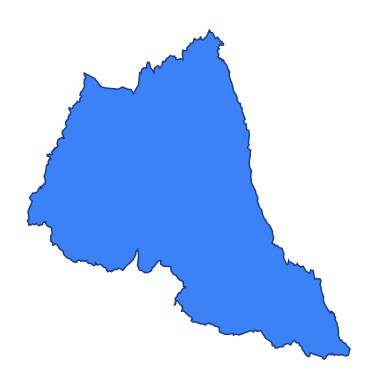 the district of Fenoarivobe, Bongolava, Madagascar, rotated 2°
{"feature_id": "10022922B23923498940873", "entity_name": "Fenoarivobe", "entity_type": "district", "adm_level": 2, "iso_a3": "MDG", "parent_name": "Madagascar", "parent_adm1": "Bongolava", "projection": "equal_earth", "projection_center": [46.41, -18.242], "detail": "fine", "context": "isolated", "style": "filled", "palette": "blue", "viewbox_px": 384, "rotation_deg": 2, "n_neighbors": 0, "source": "geoboundaries", "source_scale": "gbopen_adm2", "svg_char_len": 5905}
<svg xmlns="http://www.w3.org/2000/svg" viewBox="0 0 384 384"><g transform="rotate(2 192 192)"><path d="M215.1,40.1L212.2,36.4L210.2,37.9L209.8,37.6L207.4,32.7L206.8,32.1L204.7,31.9L204.5,30.5L203.7,29.7L200.9,36.7L199.4,37.5L198.5,39.1L197.5,39.7L196.6,39.4L195.3,36.7L194.8,37.1L194.6,39.2L193.0,39.0L192.1,40.4L189.2,38.6L188.4,39.4L188.5,41.2L187.3,43.2L185.4,43.5L184.2,46.1L182.3,47.3L181.7,50.7L179.6,51.1L178.0,50.6L177.7,51.3L178.1,52.4L177.4,54.0L178.5,58.3L178.5,59.5L178.1,60.1L176.0,59.0L175.0,59.7L171.2,60.2L171.0,57.9L169.9,57.6L169.4,56.7L168.4,57.6L166.2,56.4L165.3,56.6L163.8,58.5L161.7,59.6L161.1,62.3L158.1,62.6L157.6,66.3L155.5,69.3L154.4,67.5L153.4,66.9L150.2,69.5L149.8,73.9L147.7,70.8L146.5,70.0L144.9,64.2L143.6,63.7L142.4,65.9L142.4,69.6L140.8,69.4L138.7,70.0L137.5,71.5L136.8,75.3L135.6,74.7L134.9,86.4L130.0,95.7L127.7,91.9L123.8,91.4L118.7,89.5L114.9,91.8L101.8,91.1L97.4,90.0L90.7,81.9L80.2,76.9L80.3,78.8L82.0,81.7L80.5,83.3L80.4,87.4L81.0,89.6L80.6,91.3L78.6,95.0L77.4,96.0L76.7,98.6L76.7,99.2L78.1,99.5L78.3,100.1L76.8,102.4L76.7,105.3L75.9,106.1L74.1,105.4L73.4,107.0L70.2,110.2L70.1,111.9L69.4,112.6L67.8,112.7L66.4,112.1L66.0,112.5L66.6,114.5L67.4,114.7L67.9,115.7L67.8,118.3L66.5,119.2L66.5,120.3L65.6,121.3L66.1,123.8L64.5,124.5L64.3,125.4L63.2,126.2L63.3,128.6L64.4,129.5L63.6,132.4L60.3,135.8L60.3,138.7L62.4,142.4L61.6,143.0L60.3,142.0L56.3,144.2L55.5,148.5L56.3,150.4L55.9,151.6L54.1,152.8L53.2,152.8L53.5,154.2L52.9,154.7L52.0,154.4L51.4,156.3L50.1,157.0L51.3,159.1L50.9,159.8L49.8,159.8L48.1,158.8L47.1,160.1L46.0,159.7L46.4,161.3L48.8,161.9L48.9,163.1L49.8,164.1L49.4,164.8L48.2,164.3L47.1,166.7L47.8,169.1L47.0,169.7L46.2,169.5L45.7,170.7L44.9,177.8L43.7,181.5L45.0,185.1L45.0,189.1L43.4,189.2L43.2,190.5L42.3,190.8L41.2,193.9L40.6,193.7L40.7,191.9L40.3,191.8L39.9,193.0L38.8,193.7L37.4,197.4L35.1,198.5L33.0,198.6L29.9,203.2L30.9,205.3L32.7,206.8L28.8,217.1L30.0,223.5L29.8,224.9L28.7,226.0L28.6,227.0L29.8,228.3L30.0,230.6L31.4,230.7L34.2,229.4L35.7,230.2L37.4,229.0L40.1,231.0L41.9,229.9L43.4,230.1L44.3,227.5L46.9,227.1L46.7,228.2L48.4,230.9L50.8,231.9L51.6,231.8L52.6,232.6L53.8,238.3L52.3,240.9L52.6,242.1L52.3,244.8L52.6,245.9L54.4,247.5L54.8,250.1L57.3,248.7L59.1,249.4L60.9,251.5L61.1,253.0L65.1,255.7L66.2,259.0L69.6,262.3L72.5,263.0L73.9,264.5L77.4,266.3L78.8,266.3L80.6,264.0L82.2,264.2L83.4,265.2L84.7,264.2L86.5,265.1L88.8,264.3L90.9,266.9L93.8,267.0L95.5,268.6L96.9,269.1L97.9,267.8L98.0,266.0L99.9,268.4L101.6,267.7L103.6,267.6L106.3,270.2L108.5,270.6L109.3,273.1L110.6,274.5L112.4,273.6L114.0,274.5L114.7,273.5L115.6,273.8L116.5,272.2L119.6,272.2L120.9,270.8L123.7,271.4L125.5,272.8L129.3,267.6L132.4,265.2L135.8,261.2L137.8,256.8L138.1,253.7L139.7,251.2L140.9,257.5L140.1,267.1L142.2,271.9L145.0,272.3L147.3,274.2L150.9,274.0L154.3,271.9L154.8,269.3L156.0,268.7L160.8,262.1L163.3,261.7L163.3,265.3L166.3,267.2L172.9,267.2L173.4,268.0L173.9,271.7L176.6,275.1L179.0,275.7L180.9,278.5L183.0,280.4L186.3,282.0L186.7,286.6L188.9,287.0L188.9,287.8L187.5,288.1L185.7,289.5L183.8,293.4L183.0,292.9L181.7,294.2L180.4,297.5L179.1,298.6L179.1,300.9L179.6,302.2L178.4,305.4L179.0,305.3L179.5,304.2L180.0,301.5L181.7,301.3L183.8,304.8L185.6,305.6L186.0,307.2L187.0,307.9L186.2,309.4L185.8,311.5L188.0,311.2L193.0,315.7L195.7,317.2L196.8,318.7L195.6,320.3L196.9,321.8L199.9,321.8L205.4,323.5L207.3,323.3L209.2,324.3L210.6,324.2L211.8,323.0L213.9,322.2L214.7,323.2L217.4,323.8L219.2,325.1L223.4,326.0L224.1,327.2L224.0,329.6L224.7,331.1L229.8,333.0L233.0,333.1L237.7,332.0L238.2,332.3L238.4,333.5L241.3,332.4L243.8,333.3L255.2,328.6L256.1,328.5L258.3,329.8L259.9,327.6L262.0,329.0L265.7,328.2L270.7,335.6L275.9,338.7L277.1,340.3L277.7,342.9L279.5,342.5L280.4,344.7L281.1,345.1L283.0,344.8L284.5,343.8L288.4,343.4L289.6,341.3L292.2,340.2L293.2,340.1L296.0,341.4L297.8,337.8L299.6,337.0L301.8,339.2L304.1,339.0L304.9,341.5L307.3,343.2L307.5,345.5L308.9,346.6L310.9,350.0L313.7,352.5L315.5,351.7L315.4,349.3L316.1,348.5L320.3,350.2L327.4,351.9L329.1,354.1L330.3,354.3L331.4,353.4L332.0,351.1L333.1,350.7L334.2,349.1L337.1,349.8L337.8,348.2L340.0,350.4L340.7,349.6L345.6,349.8L346.8,349.2L351.3,350.5L353.9,349.6L355.4,343.0L352.5,340.8L350.7,338.1L348.0,337.0L346.7,334.7L345.1,334.8L343.2,330.0L343.4,328.2L342.6,322.1L341.8,320.2L341.7,318.8L339.4,314.3L339.9,312.2L338.3,310.5L338.5,308.8L335.6,306.4L334.9,306.7L335.0,308.2L334.4,308.1L330.0,302.0L327.8,298.0L327.1,295.7L327.0,291.9L324.9,286.7L324.1,282.0L323.1,280.1L324.1,276.7L323.1,274.4L322.4,274.1L320.6,274.7L319.3,274.1L317.9,275.0L317.2,273.5L316.0,266.3L313.3,265.8L313.0,266.4L313.0,268.9L312.0,269.2L308.4,266.8L305.6,262.2L303.0,263.2L300.8,261.5L299.7,259.9L298.4,261.3L296.5,261.7L295.9,260.2L291.8,258.2L291.0,257.0L290.5,260.8L289.4,261.3L286.1,255.4L285.7,252.9L286.0,250.4L284.0,245.3L281.0,244.4L278.9,242.4L277.2,243.0L276.1,241.3L274.9,241.1L273.8,240.1L275.0,236.0L275.1,234.1L274.1,232.2L273.7,228.3L271.5,224.0L270.4,222.4L267.8,220.2L266.8,217.4L265.3,216.3L263.6,212.9L262.2,207.6L259.9,204.8L258.7,201.4L258.1,200.8L258.0,199.0L257.4,197.9L258.0,196.6L257.9,195.3L255.9,191.0L255.5,188.9L251.1,180.7L250.1,174.1L250.6,168.1L249.0,166.1L248.2,162.6L248.3,157.1L249.0,154.4L248.8,151.5L249.2,148.1L246.9,147.0L245.9,145.8L247.4,142.6L246.6,141.0L247.4,132.3L246.7,130.6L246.6,128.6L244.5,128.0L243.8,122.3L241.5,121.2L241.3,119.0L242.6,117.2L240.3,112.3L240.1,111.0L239.1,109.9L239.2,106.5L238.1,105.5L237.4,103.9L237.3,102.0L235.7,101.5L234.4,99.7L233.8,98.1L233.5,94.8L230.2,89.9L228.4,83.2L225.3,75.5L225.0,72.8L225.5,70.8L224.5,70.2L224.7,69.3L223.1,66.8L223.1,65.7L221.3,62.8L219.8,61.8L219.6,60.3L218.5,58.9L217.3,59.8L217.0,57.9L215.3,58.1L215.1,57.0L213.7,57.0L213.1,56.1L214.0,53.8L212.3,50.2L214.4,47.9L213.1,47.0L213.4,45.5L214.3,44.9L215.1,43.0L216.5,44.3L218.3,43.9L218.5,43.3L216.9,41.1L215.1,40.1Z" fill="#3b82f6" stroke="#1e3a8a" stroke-width="1.5"/></g></svg>